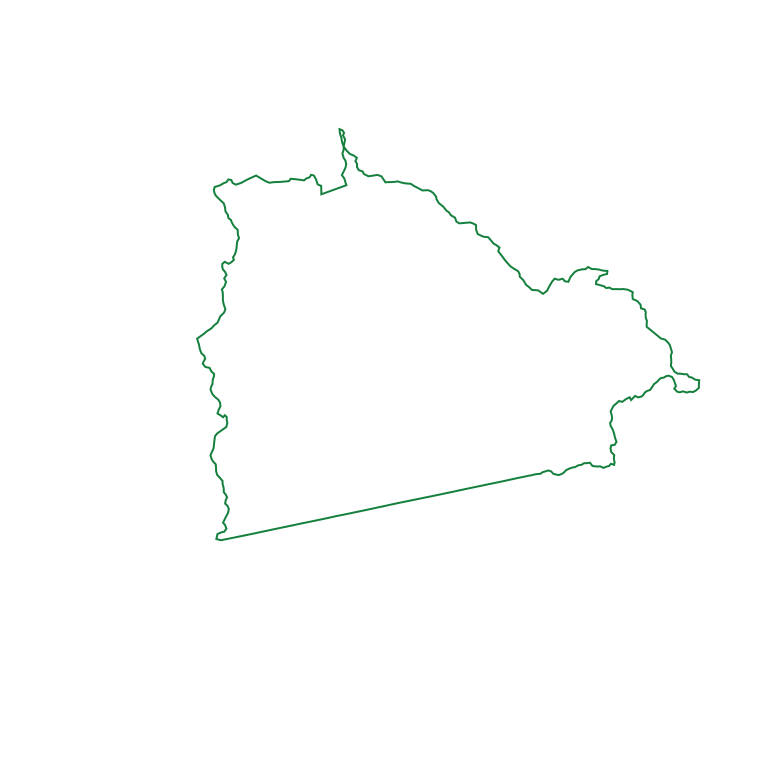 outline of Aceguá, Rio Grande do Sul, Brazil, rotated 307°
{"feature_id": "56859067B24209347945179", "entity_name": "Aceguá", "entity_type": "district", "adm_level": 2, "iso_a3": "BRA", "parent_name": "Brazil", "parent_adm1": "Rio Grande do Sul", "projection": "orthographic", "projection_center": [-54.091, -31.693], "detail": "fine", "context": "isolated", "style": "outline", "palette": "green", "viewbox_px": 768, "rotation_deg": 307, "n_neighbors": 0, "source": "geoboundaries", "source_scale": "gbopen_adm2", "svg_char_len": 5099}
<svg xmlns="http://www.w3.org/2000/svg" viewBox="0 0 768 768"><g transform="rotate(307 384 384)"><path d="M549.4,208.8L547.0,210.7L542.9,212.2L540.3,215.7L539.2,218.8L536.8,221.5L533.8,223.0L530.5,223.7L525.5,224.6L524.3,228.5L522.0,231.7L520.1,234.3L497.8,219.8L500.9,217.4L504.4,214.6L503.5,210.9L506.5,206.6L508.3,202.5L507.2,199.9L504.4,200.2L501.4,198.3L498.5,197.6L496.0,193.0L491.8,186.0L488.9,186.0L486.9,183.9L484.8,181.6L482.5,179.0L478.8,174.4L475.7,171.3L474.7,167.3L473.5,156.4L464.5,151.5L458.8,149.0L454.1,145.8L453.4,142.2L455.0,139.3L453.7,136.6L450.5,136.7L447.3,134.8L444.4,133.7L442.0,132.1L439.5,130.2L436.5,131.4L434.6,133.5L433.2,136.4L432.7,139.7L432.3,142.9L431.8,147.3L429.6,150.5L426.4,153.6L425.2,157.4L422.9,159.8L422.9,163.0L421.4,165.3L420.1,168.3L419.3,171.0L419.2,174.2L415.3,177.5L413.2,180.5L409.8,180.9L407.3,182.2L404.1,184.3L401.2,185.7L397.9,186.9L394.3,187.2L392.8,189.4L389.3,188.8L386.5,187.5L385.7,183.2L382.7,182.6L380.5,184.0L378.6,186.3L377.9,189.6L376.3,192.6L372.2,192.8L370.5,196.4L366.0,197.8L362.0,197.6L359.9,200.3L357.0,202.6L353.7,205.1L350.7,208.6L348.3,212.3L344.8,213.3L342.0,212.9L339.1,212.5L336.7,213.3L332.5,214.1L329.0,213.1L324.3,212.6L319.6,210.8L315.9,210.0L312.7,209.0L307.7,207.5L305.8,210.2L303.7,213.0L301.1,215.8L298.6,219.8L298.4,223.4L296.4,226.1L293.4,226.4L291.1,227.1L290.1,231.1L291.9,235.0L290.1,238.8L289.8,242.3L287.2,243.8L284.7,244.5L280.6,247.1L277.7,247.6L275.1,248.8L272.7,253.0L271.9,256.8L271.8,260.9L270.6,264.1L267.8,266.8L263.8,267.5L260.2,268.8L260.6,272.3L260.6,275.5L263.3,275.7L262.9,278.4L260.6,280.0L258.8,282.2L254.9,283.9L249.3,282.2L244.4,280.6L240.6,280.4L237.1,282.4L233.4,284.6L230.0,286.6L226.9,287.3L222.7,288.3L220.1,291.8L219.1,294.8L218.6,298.0L215.5,300.7L213.4,302.3L211.1,305.3L210.3,309.3L209.4,313.4L207.0,315.3L204.4,318.6L201.1,321.3L200.4,324.3L199.0,326.9L196.0,327.5L192.9,329.1L192.5,332.3L191.0,335.1L187.6,336.9L184.1,337.5L180.0,338.2L176.3,339.0L175.8,341.8L173.6,345.2L169.9,345.3L167.7,343.4L164.0,341.3L159.3,343.4L161.0,347.7L186.1,369.9L202.0,383.7L217.3,397.1L222.6,401.7L243.4,420.0L249.9,425.5L257.4,432.2L271.1,444.2L297.4,466.9L322.5,489.1L338.4,503.0L352.6,515.3L364.7,525.9L377.2,536.9L389.2,547.2L395.4,552.7L397.6,554.5L399.9,556.8L402.3,558.6L404.3,560.6L406.4,562.9L409.3,563.9L411.2,565.4L413.8,567.2L414.8,570.1L414.2,573.1L415.2,575.9L416.5,578.4L419.1,580.1L421.7,581.0L424.5,581.2L427.4,582.6L430.2,584.4L432.8,586.7L436.0,588.1L438.3,590.4L441.1,591.4L442.9,593.7L445.1,595.9L444.0,599.8L446.0,603.3L448.4,606.4L449.1,609.8L451.4,611.1L454.1,613.1L456.9,613.3L457.9,616.4L460.1,615.4L462.9,612.3L465.8,610.7L466.4,606.4L468.8,603.7L471.8,602.4L474.2,604.8L477.7,604.5L480.3,600.6L483.3,597.1L485.4,593.8L486.9,590.3L489.1,587.9L491.7,587.9L494.7,586.2L496.6,584.1L498.3,581.6L500.6,581.1L504.8,580.5L508.9,581.4L511.9,582.0L513.1,585.0L518.0,586.5L521.2,588.2L519.9,591.0L523.0,591.4L525.6,591.8L526.2,594.9L529.1,597.3L531.6,597.7L534.2,597.4L537.0,598.4L539.4,600.1L542.6,600.0L546.3,599.7L550.1,600.8L552.6,601.0L555.3,601.5L557.5,603.6L560.2,604.7L562.0,606.4L562.9,610.0L561.5,613.3L559.6,616.0L558.1,618.4L554.9,618.7L554.3,622.8L555.4,625.3L558.0,627.1L559.5,631.1L561.8,632.7L563.5,635.6L566.4,637.0L570.4,637.8L574.2,635.0L576.7,633.5L574.7,629.8L574.5,626.0L573.2,623.4L574.2,620.2L572.2,617.5L570.7,614.6L569.0,612.4L568.6,608.7L569.9,605.6L571.0,602.3L574.0,600.5L576.6,598.5L579.4,595.9L582.7,594.9L585.2,591.5L587.2,588.7L588.0,586.1L588.6,581.8L587.0,577.8L587.4,569.1L587.6,563.5L587.8,559.3L590.3,557.5L592.8,555.8L594.2,553.5L596.3,551.5L599.0,549.8L600.4,547.2L599.1,543.7L601.7,541.2L602.7,536.5L601.6,531.5L604.5,528.8L607.0,527.5L606.6,524.6L605.8,521.4L603.7,517.8L601.3,514.9L599.6,512.4L597.2,509.4L596.6,505.9L594.4,503.8L594.4,500.7L593.0,497.2L591.4,493.2L593.9,491.6L596.9,492.3L599.8,491.4L602.9,493.3L606.1,495.9L608.7,494.4L606.2,490.4L604.9,487.1L603.0,483.7L600.9,480.8L600.2,476.5L596.9,475.8L595.0,473.4L591.4,470.3L588.2,468.9L581.7,468.5L576.6,469.7L574.9,466.7L575.6,463.4L572.1,460.5L570.9,457.0L567.4,456.6L561.5,457.2L556.4,458.1L551.7,456.7L551.6,450.8L548.2,445.6L548.7,441.2L548.7,437.8L550.8,432.7L551.4,427.9L553.6,425.9L554.8,423.2L554.2,417.3L554.1,414.0L554.9,409.8L555.7,406.2L557.3,400.9L558.8,395.3L562.5,394.1L562.5,390.0L562.1,386.9L563.1,382.9L563.9,378.8L561.4,374.6L560.7,371.3L560.2,368.6L562.6,364.8L566.3,361.9L565.9,358.9L564.9,355.6L561.8,352.1L559.3,349.4L557.6,347.4L557.3,344.0L559.6,340.6L559.0,336.0L560.1,332.9L560.1,329.3L561.3,324.6L561.5,318.9L563.1,314.9L565.0,312.8L566.1,308.9L566.1,305.4L565.2,302.4L561.7,298.2L560.9,292.7L560.2,288.8L560.0,284.9L556.9,280.0L555.2,276.3L554.1,273.1L551.8,270.8L549.2,267.8L547.7,265.7L545.9,263.8L548.3,257.1L547.1,253.0L540.6,246.7L539.6,241.8L540.9,238.8L539.6,235.2L541.0,231.9L543.7,229.8L544.8,227.0L548.2,226.3L548.3,222.7L547.2,218.4L547.8,214.2L549.4,208.8ZM549.4,208.8L555.9,205.8L557.9,201.6L560.5,201.0L561.6,198.2L560.7,195.1L557.6,198.0L555.0,201.7L551.9,205.0L549.4,208.8Z" fill="none" stroke="#15803d" stroke-width="2"/></g></svg>